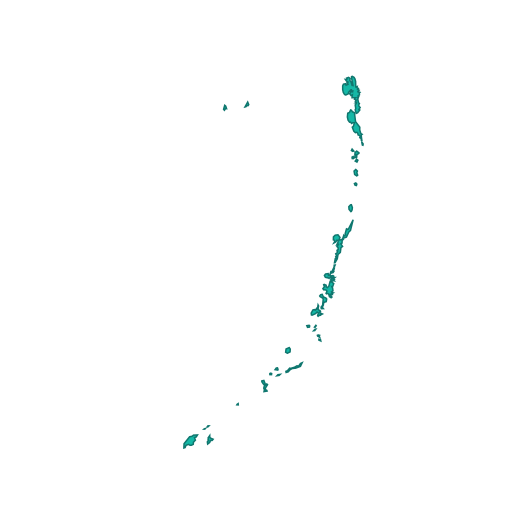 Aleutians West, Alaska, United States of America (orthographic projection), rotated 297°
{"feature_id": "52423323B14067598441828", "entity_name": "Aleutians West", "entity_type": "district", "adm_level": 2, "iso_a3": "USA", "parent_name": "United States of America", "parent_adm1": "Alaska", "projection": "orthographic", "projection_center": [-175.064, 54.225], "detail": "fine", "context": "isolated", "style": "filled", "palette": "teal", "viewbox_px": 512, "rotation_deg": 297, "n_neighbors": 0, "source": "geoboundaries", "source_scale": "gbopen_adm2", "svg_char_len": 6167}
<svg xmlns="http://www.w3.org/2000/svg" viewBox="0 0 512 512"><g transform="rotate(297 256 256)"><path d="M428.6,280.6L429.7,281.5L433.2,282.2L433.3,281.1L435.6,281.4L436.3,279.6L437.3,278.9L438.8,278.9L439.0,277.9L441.8,275.6L443.4,275.2L443.3,274.7L444.4,275.2L445.0,275.1L445.0,274.3L446.6,275.0L448.2,274.0L449.0,274.3L448.9,273.0L448.4,272.6L448.8,272.0L450.6,272.6L450.7,270.8L451.8,271.1L451.9,269.4L453.0,269.2L452.0,268.1L456.8,265.5L458.8,263.7L459.7,262.2L459.8,260.2L459.2,259.7L457.8,260.5L451.9,265.1L451.6,264.1L454.1,261.8L454.9,260.1L456.9,259.2L457.2,257.4L455.7,256.0L455.1,256.8L454.3,256.4L453.9,255.4L452.9,257.3L453.0,258.7L452.2,259.3L451.7,258.4L451.2,258.7L450.6,260.0L449.1,258.7L450.1,257.5L448.8,255.9L446.9,256.0L443.6,257.7L441.4,259.5L440.1,261.6L440.2,262.9L442.8,264.9L443.8,264.1L447.2,265.1L447.4,265.5L446.4,266.0L447.1,267.3L446.1,267.6L445.2,265.8L442.9,266.2L442.1,267.9L443.4,268.7L440.6,269.7L442.1,272.7L440.4,272.6L440.4,274.6L438.9,274.3L438.5,275.5L437.7,275.1L438.0,275.8L437.6,276.1L435.6,275.8L432.7,277.9L431.3,278.0L428.6,280.6ZM407.0,297.2L406.1,298.5L411.5,294.8L412.6,295.3L412.7,293.8L415.4,291.2L417.9,290.0L420.9,283.7L428.4,278.6L428.5,277.6L428.1,276.7L429.2,274.9L429.1,274.0L426.3,274.1L424.9,272.9L421.3,274.3L418.8,276.4L417.7,278.6L418.2,279.3L417.5,281.1L418.7,281.6L419.4,283.2L415.7,283.9L414.5,283.3L411.6,286.5L411.0,288.6L412.0,289.7L411.6,290.9L410.2,292.0L410.4,293.5L409.8,294.6L408.6,294.7L408.4,295.4L408.7,296.3L407.0,297.2ZM289.7,327.8L285.6,329.0L285.9,329.5L290.4,329.7L294.6,328.4L297.5,329.5L302.0,327.9L303.8,328.8L305.4,326.0L306.5,326.8L309.2,325.6L310.2,326.2L310.3,325.4L308.2,323.5L308.0,322.6L310.7,322.4L312.1,319.4L310.5,317.1L308.2,316.3L305.5,317.6L305.6,318.6L304.8,319.6L303.0,319.5L304.7,320.7L306.9,320.9L307.0,321.8L306.0,322.8L302.8,322.9L304.0,323.8L303.8,324.3L301.1,323.9L300.8,325.3L299.1,326.3L297.9,325.6L297.2,326.0L297.3,326.6L295.5,326.8L294.2,326.0L292.7,327.8L291.6,327.3L290.5,328.6L289.7,327.8ZM52.2,278.9L53.1,279.8L55.6,279.6L57.5,281.4L57.4,283.2L58.1,284.4L59.7,285.6L61.7,284.8L64.4,285.6L66.3,283.6L67.6,284.9L70.0,285.1L68.0,281.6L66.5,281.0L64.8,278.9L56.1,277.1L52.2,278.9ZM253.1,339.9L252.9,341.9L253.9,342.3L255.3,339.4L256.3,340.2L256.0,340.8L256.4,341.6L257.5,341.0L258.2,341.5L257.9,340.1L258.3,339.5L259.9,340.4L262.1,338.9L263.1,337.5L263.2,338.2L266.7,337.8L267.2,335.4L266.8,333.6L262.3,334.6L260.2,333.9L260.4,332.5L261.8,331.8L261.7,329.7L261.2,329.3L259.6,330.9L257.3,330.4L256.6,331.6L257.5,333.6L256.9,335.2L254.5,335.4L254.3,336.0L255.0,336.7L255.2,337.9L253.1,339.9ZM228.6,332.2L228.8,332.9L231.8,335.3L233.8,335.8L233.7,337.4L230.8,338.0L230.5,338.7L231.4,339.0L232.5,340.4L233.5,339.7L233.8,341.0L234.5,341.5L234.4,339.0L234.8,338.4L236.0,338.6L236.3,338.1L236.0,337.2L236.9,336.0L236.9,335.3L239.9,334.5L240.6,333.5L238.2,334.3L237.0,333.8L235.8,334.2L235.5,333.4L234.6,333.3L234.8,332.4L233.8,331.2L230.2,331.1L228.6,332.2ZM311.0,325.3L313.9,328.0L319.6,327.8L321.6,328.6L332.4,326.1L321.8,326.1L321.1,325.3L321.5,324.5L321.2,324.3L316.4,325.3L315.5,326.2L314.1,325.5L314.4,324.8L311.0,325.3ZM238.7,338.1L239.7,339.9L240.4,338.3L242.9,338.3L244.4,337.6L245.9,337.9L247.2,339.3L249.8,338.5L250.3,337.5L250.2,334.5L251.9,332.4L250.9,331.2L249.3,330.9L248.9,331.5L248.7,334.8L248.0,335.5L242.4,337.7L240.0,337.2L238.7,338.1ZM165.9,335.7L167.4,337.3L170.1,338.0L172.1,339.3L174.1,342.3L177.8,345.7L181.9,345.6L180.4,344.4L177.4,344.0L176.7,342.3L174.5,340.9L171.6,337.9L171.4,336.9L168.1,336.1L166.8,335.0L165.9,335.7ZM138.8,324.7L140.7,327.2L141.2,326.6L141.1,325.7L142.2,324.3L146.6,324.7L146.9,323.7L145.5,323.1L148.7,319.5L147.4,317.9L146.6,318.3L145.2,320.8L144.9,322.2L141.8,322.9L140.6,324.2L138.8,324.7ZM183.7,326.1L183.6,328.1L186.0,329.9L188.6,328.8L189.5,327.2L186.8,325.0L183.7,326.1ZM66.5,298.3L68.8,299.4L70.9,299.2L71.8,300.7L73.3,301.0L73.1,298.1L73.5,297.1L75.0,296.3L72.1,295.9L71.2,296.8L70.4,296.7L70.0,297.4L68.3,297.0L66.5,298.3ZM269.7,325.8L268.5,327.5L269.0,329.6L269.5,329.7L269.2,331.2L270.5,331.9L272.5,331.4L272.7,330.9L271.7,329.3L273.1,328.3L271.5,326.1L269.7,325.8ZM339.8,317.7L338.6,320.4L339.0,320.7L340.7,320.7L342.9,319.9L345.0,317.7L344.5,317.0L342.1,316.3L339.8,317.7ZM373.4,306.9L373.1,309.4L374.2,309.9L375.9,308.0L377.7,307.8L378.4,305.6L376.2,304.8L373.4,306.9ZM388.7,299.1L389.0,300.5L389.6,300.9L392.0,299.9L394.2,301.1L394.7,300.9L395.2,298.1L393.1,297.3L391.2,298.1L391.5,298.6L388.7,299.1ZM267.9,335.1L268.9,335.7L269.4,337.0L269.8,335.9L270.6,336.3L270.5,335.2L272.5,336.0L271.6,334.5L273.3,334.5L273.5,333.4L272.7,332.4L270.3,333.1L271.1,333.8L270.6,334.2L268.5,333.3L267.9,335.1ZM371.5,161.7L373.6,162.0L373.9,162.9L375.8,161.0L376.1,159.7L372.0,160.5L371.5,161.7ZM383.8,178.5L384.5,179.3L385.7,179.5L386.4,180.7L387.6,180.8L389.4,178.7L383.8,178.5ZM215.8,334.3L216.9,335.9L218.1,335.6L218.4,334.8L217.0,332.9L215.8,334.3ZM163.4,324.6L164.2,327.2L165.0,327.1L166.1,325.9L165.4,324.9L163.4,324.6ZM385.5,303.3L387.6,303.3L387.9,301.7L385.6,301.3L385.5,303.3ZM273.5,330.2L275.0,330.8L276.2,332.2L277.3,332.3L276.2,329.8L273.5,330.2ZM364.1,312.0L364.3,313.4L365.3,313.4L366.1,312.9L366.4,311.7L365.2,310.8L364.1,312.0ZM393.1,294.6L393.9,295.5L394.9,293.1L393.3,293.1L393.1,294.6ZM386.5,297.5L386.9,298.5L387.8,298.9L388.8,297.4L387.7,296.7L386.5,297.5ZM212.6,347.3L212.5,349.6L213.3,348.7L214.2,348.7L213.9,347.3L213.2,346.7L212.6,347.3ZM156.6,322.2L157.3,323.7L158.4,323.3L158.3,322.3L157.6,321.7L156.6,322.2ZM209.6,350.2L209.7,352.3L210.8,351.4L210.4,349.8L209.6,350.2ZM277.7,330.7L278.0,331.9L280.9,331.3L280.8,330.6L277.7,330.7ZM158.8,329.0L160.1,330.8L161.5,331.3L160.2,329.4L158.8,329.0ZM403.1,300.4L403.2,301.0L404.5,300.6L405.2,299.3L405.0,298.9L403.1,300.4ZM114.7,306.5L115.3,307.8L116.4,307.1L115.3,306.5L114.7,306.5ZM215.6,341.3L216.2,342.2L218.0,342.5L217.5,341.8L215.6,341.3ZM219.2,340.4L219.3,341.0L221.2,341.3L221.4,340.8L219.2,340.4ZM81.7,290.1L81.7,290.6L83.3,291.2L82.9,290.3L81.7,290.1ZM282.2,330.3L282.4,330.7L283.9,330.6L283.4,329.8L282.2,330.3ZM78.1,288.2L78.5,289.0L79.3,289.2L78.6,288.4L78.1,288.2Z" fill="#14b8a6" stroke="#0f766e" stroke-width="1.5"/></g></svg>